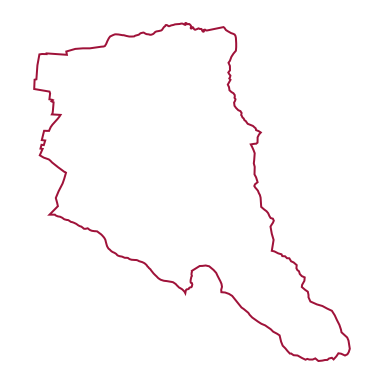 Cerrillos, Salta, Argentina
{"feature_id": "61730980B31698660486966", "entity_name": "Cerrillos", "entity_type": "district", "adm_level": 2, "iso_a3": "ARG", "parent_name": "Argentina", "parent_adm1": "Salta", "projection": "albers", "projection_center": [-65.403, -25.006], "detail": "fine", "context": "isolated", "style": "outline", "palette": "rose", "viewbox_px": 384, "rotation_deg": 0, "n_neighbors": 0, "source": "geoboundaries", "source_scale": "gbopen_adm2", "svg_char_len": 5853}
<svg xmlns="http://www.w3.org/2000/svg" viewBox="0 0 384 384"><path d="M318.4,361.0L322.3,360.6L325.0,360.0L327.4,359.9L329.0,358.5L331.9,357.8L333.6,359.4L336.4,356.3L338.4,353.3L341.1,353.7L345.0,355.5L347.4,354.3L348.7,352.2L349.8,348.8L348.5,340.6L347.2,337.5L341.5,332.3L341.0,329.7L339.4,324.9L336.9,320.0L334.8,315.4L331.9,310.8L327.2,308.6L322.4,306.0L316.9,304.4L310.4,301.5L308.5,297.3L308.5,294.9L307.8,291.7L305.2,289.9L301.8,287.0L302.1,284.9L304.4,280.8L304.7,277.4L301.8,276.1L299.8,274.0L299.0,271.3L297.4,270.1L296.4,268.2L296.7,265.1L293.6,262.4L291.1,261.3L289.3,258.3L287.0,258.2L285.1,256.3L282.3,256.1L281.5,254.3L278.3,253.4L274.4,251.4L271.8,250.8L273.6,239.9L271.8,233.8L270.5,226.6L271.8,224.4L272.9,222.8L273.8,220.7L272.9,218.7L270.6,218.0L269.5,216.2L268.1,213.1L266.5,211.2L264.2,209.5L261.2,206.9L260.8,200.7L260.6,197.7L259.9,195.0L258.9,193.2L257.9,190.7L256.6,189.1L255.2,187.5L254.3,186.0L255.0,184.3L257.6,182.2L256.1,177.4L254.5,174.4L254.7,166.8L253.8,163.4L254.2,160.0L254.7,153.2L253.5,150.0L252.1,146.9L250.8,144.4L254.3,143.8L256.2,143.7L257.5,142.6L257.6,139.4L257.6,137.3L259.0,134.5L260.8,132.5L258.6,131.1L256.1,130.1L255.7,128.4L252.9,125.9L247.7,123.8L245.6,120.9L244.5,120.3L243.7,118.5L242.4,117.4L242.1,116.4L241.2,115.0L241.6,113.0L240.4,111.1L238.3,110.2L236.1,108.0L234.5,105.8L234.1,102.6L235.1,100.7L235.5,99.2L234.5,97.8L234.8,96.7L234.7,95.0L233.4,93.2L231.5,92.1L229.5,90.3L229.0,87.1L227.8,84.6L230.5,79.8L229.3,78.5L230.1,77.0L230.4,75.5L229.2,74.1L228.3,72.5L230.0,70.3L229.9,65.9L228.5,62.8L229.9,60.8L231.4,56.8L233.4,53.7L235.9,50.7L236.2,47.1L236.2,43.2L235.9,37.9L235.5,36.0L234.6,34.5L232.9,33.7L231.1,33.1L227.6,31.1L225.9,30.0L224.4,27.8L223.5,27.1L206.9,30.5L205.9,30.4L205.6,30.0L205.1,29.7L204.6,29.7L203.9,29.9L203.8,30.3L203.9,31.0L203.9,31.4L203.7,31.6L203.3,31.7L202.7,31.4L202.1,30.4L201.7,29.3L201.3,29.0L201.0,28.9L200.1,29.0L199.7,28.9L199.3,28.8L198.8,28.4L198.5,28.4L198.3,28.4L197.5,28.9L195.8,29.5L195.5,29.7L195.0,29.7L194.4,29.4L194.1,29.1L193.5,28.3L193.4,27.9L193.1,27.5L192.7,27.2L192.3,27.4L191.8,28.3L191.4,28.5L190.9,28.4L190.7,28.0L190.9,27.1L191.1,26.7L191.1,26.2L190.9,25.7L190.0,24.6L189.1,24.0L188.6,24.0L188.2,24.2L187.8,24.2L187.2,24.0L186.6,23.3L186.2,23.1L185.7,23.0L185.2,23.3L185.1,23.6L185.1,23.8L185.6,24.7L185.3,24.9L184.9,24.8L184.2,24.5L182.7,23.7L182.1,23.6L181.4,23.6L180.7,23.7L180.1,23.9L179.5,24.0L176.7,24.2L174.9,24.4L173.8,24.8L173.5,24.9L171.2,25.4L170.4,25.7L169.8,26.0L169.1,26.2L168.4,26.1L168.0,25.8L167.7,25.5L167.1,25.2L166.1,25.0L165.6,25.2L165.4,25.5L165.3,26.0L165.0,26.3L164.2,26.8L163.2,28.1L162.6,29.0L162.1,29.8L161.1,30.5L158.5,31.1L157.1,31.3L156.2,31.5L154.8,32.3L154.5,32.8L153.3,33.9L151.9,34.5L151.3,34.7L150.1,34.8L148.9,34.4L146.4,34.1L145.0,33.4L143.7,32.6L143.1,32.6L140.7,33.2L139.8,33.8L138.8,34.7L135.2,35.7L134.8,35.9L134.5,36.2L134.1,36.4L132.5,36.5L130.4,36.5L129.1,36.5L126.2,35.9L125.3,35.6L124.3,35.4L123.9,35.2L122.6,35.2L118.6,34.5L115.9,34.3L114.8,34.4L113.0,35.1L110.1,36.5L108.8,38.3L107.4,41.0L106.2,43.9L104.9,46.0L103.7,46.5L101.3,46.7L90.1,48.3L83.3,48.3L75.3,48.9L66.3,51.5L66.9,54.8L46.6,53.4L46.6,54.1L42.0,54.0L39.4,54.4L37.4,65.4L36.4,79.3L34.6,79.7L34.2,89.0L49.5,91.6L50.1,93.4L49.4,99.3L52.5,99.9L52.9,100.1L51.6,101.4L53.6,102.3L52.9,110.8L52.6,113.0L51.9,114.4L60.5,114.9L59.5,116.5L57.7,118.8L52.4,124.7L50.7,127.1L49.0,130.9L44.1,130.8L41.8,140.1L45.2,140.5L43.8,145.1L41.5,144.8L40.5,148.6L42.6,148.9L39.8,155.3L43.7,157.6L48.8,159.4L50.4,160.7L52.0,162.4L57.9,167.1L64.4,171.9L65.1,172.1L66.0,172.7L64.2,178.9L62.6,183.5L58.6,191.3L55.8,198.0L57.1,202.7L57.9,206.2L49.5,214.7L54.9,214.7L55.6,215.4L57.6,216.3L59.1,216.6L60.0,216.7L62.1,217.7L63.1,218.4L63.8,219.0L64.7,219.4L67.0,220.0L67.9,220.0L68.9,220.5L70.5,221.6L71.2,222.0L72.1,222.1L73.8,222.7L76.1,223.8L77.3,224.6L77.9,225.1L78.9,225.7L80.2,226.3L81.3,226.6L83.0,227.9L83.4,228.3L83.9,228.7L84.7,228.8L85.6,228.8L87.7,228.3L89.2,229.5L90.1,230.1L91.9,230.8L94.7,231.2L95.4,231.2L97.2,231.4L99.8,233.4L100.7,234.0L102.1,235.3L104.1,237.6L105.2,239.5L105.5,240.3L105.7,241.3L106.2,243.2L106.7,245.0L107.2,246.5L107.6,247.1L108.1,248.0L108.5,248.6L110.0,249.8L110.6,250.5L111.4,251.2L112.4,251.9L114.6,252.9L116.3,254.0L117.3,255.2L117.8,255.5L118.8,255.9L119.7,256.2L122.0,256.6L124.3,257.6L124.9,257.8L127.0,257.8L128.0,258.0L129.5,259.1L130.8,259.5L131.9,259.8L132.6,259.8L135.0,260.0L136.1,260.0L137.1,260.2L138.3,260.7L138.9,261.1L140.8,261.7L142.2,262.1L143.7,262.8L144.6,263.3L146.2,264.7L147.0,265.6L147.4,266.4L148.2,267.0L148.8,267.9L150.5,269.4L150.9,270.1L153.6,273.5L155.6,275.5L156.5,276.3L157.9,277.8L158.6,278.4L160.6,279.7L163.0,280.5L164.1,280.8L166.9,281.1L172.1,282.0L173.2,282.3L175.4,283.8L176.1,284.4L176.8,285.3L177.9,286.3L178.9,287.4L180.5,288.3L182.0,289.2L182.7,289.8L184.5,291.7L185.3,293.2L185.8,290.5L186.2,289.8L186.6,289.4L186.9,289.3L187.5,289.3L188.2,289.1L188.6,288.9L188.8,288.8L188.9,288.4L189.4,287.8L189.8,287.6L190.2,287.4L191.3,287.2L191.8,286.6L192.2,284.9L192.3,284.5L192.1,283.8L191.9,283.1L191.6,283.0L191.2,282.9L190.9,282.8L190.7,282.4L190.6,282.0L190.6,280.9L190.7,279.8L190.9,278.9L191.1,278.1L191.2,277.3L191.4,276.8L191.8,276.2L191.9,275.8L191.5,274.7L191.6,272.9L191.9,272.0L191.9,271.5L191.8,270.9L199.7,266.0L202.4,265.9L205.7,265.5L209.2,266.3L213.6,270.0L216.2,272.9L217.5,275.7L220.4,281.3L221.5,283.9L222.0,286.8L221.2,289.8L221.4,292.2L225.1,292.5L229.0,293.9L232.2,295.9L241.5,307.5L243.7,309.0L248.3,312.8L249.7,314.9L252.2,317.5L258.1,321.7L261.4,323.8L265.2,325.4L267.2,326.8L270.7,329.2L273.2,331.7L277.2,333.8L279.6,335.4L281.1,341.7L282.7,345.7L285.3,348.3L287.4,350.9L289.9,353.6L291.1,353.5L293.6,355.2L297.6,355.5L302.0,358.0L305.5,359.7L307.3,358.9L309.2,359.5L312.8,359.5L315.3,358.4L318.4,361.0Z" fill="none" stroke="#9f1239" stroke-width="2"/></svg>